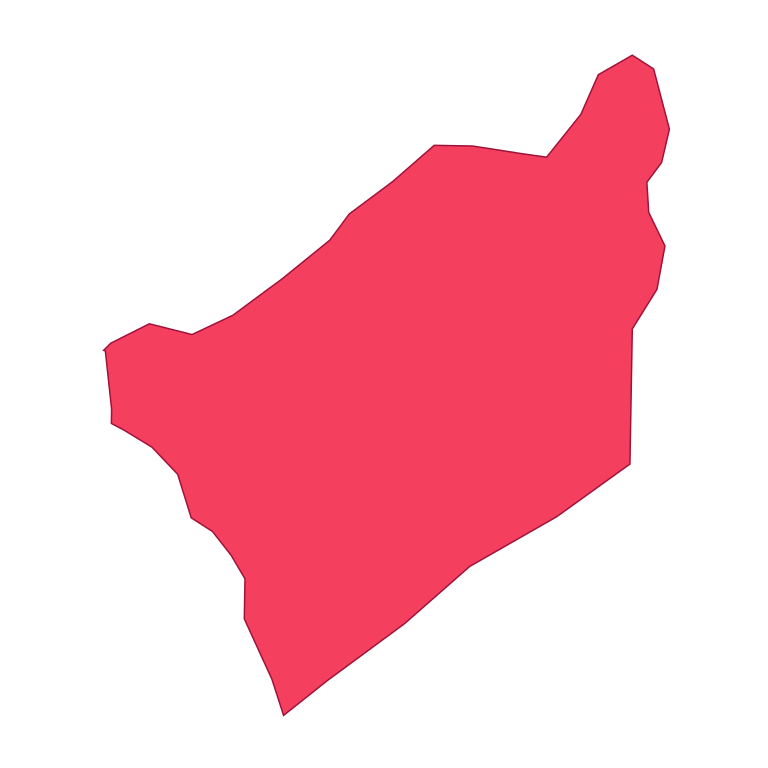 the district of Helsingborg, Skåne, Sweden, rotated 271°
{"feature_id": "70781695B77389935020700", "entity_name": "Helsingborg", "entity_type": "district", "adm_level": 2, "iso_a3": "SWE", "parent_name": "Sweden", "parent_adm1": "Skåne", "projection": "natural_earth1", "projection_center": [12.824, 56.101], "detail": "fine", "context": "isolated", "style": "filled", "palette": "rose", "viewbox_px": 768, "rotation_deg": 271, "n_neighbors": 0, "source": "geoboundaries", "source_scale": "gbopen_adm2", "svg_char_len": 743}
<svg xmlns="http://www.w3.org/2000/svg" viewBox="0 0 768 768"><g transform="rotate(271 384 384)"><path d="M50.9,289.4L86.7,332.8L144.9,408.9L203.1,472.9L254.4,559.1L305.9,628.1L308.2,631.3L443.4,631.3L483.5,655.3L526.9,662.5L560.2,645.7L590.3,643.3L610.3,657.7L643.7,664.9L646.0,664.3L703.7,648.1L717.1,626.5L699.7,597.4L697.0,592.9L657.0,576.1L613.6,542.6L616.9,516.2L623.5,468.3L623.5,430.0L586.8,389.4L553.4,346.3L538.4,335.6L526.8,327.2L486.7,279.5L477.6,267.5L450.1,231.7L430.1,191.2L440.1,148.3L420.1,110.2L412.8,103.1L412.2,104.8L354.0,112.1L339.8,112.1L333.5,124.5L316.8,153.1L290.1,179.3L246.8,193.6L233.5,215.1L210.1,234.1L186.8,248.4L146.8,248.4L86.8,277.1L50.9,289.4Z" fill="#f43f5e" stroke="#9f1239" stroke-width="1.5"/></g></svg>